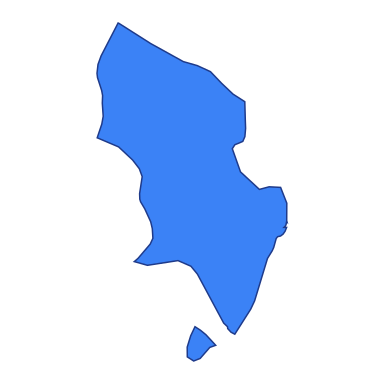 outline of Pedernales
{"feature_id": "DOM-1973", "entity_name": "Pedernales", "entity_type": "Province", "adm_level": 1, "iso_a3": "DOM", "parent_name": "Dominican Republic", "parent_adm1": "", "projection": "natural_earth1", "projection_center": [-71.507, 17.919], "detail": "fine", "context": "isolated", "style": "filled", "palette": "blue", "viewbox_px": 384, "rotation_deg": 0, "n_neighbors": 0, "source": "natural_earth", "source_scale": "10m", "svg_char_len": 1110}
<svg xmlns="http://www.w3.org/2000/svg" viewBox="0 0 384 384"><path d="M97.2,137.8L101.8,124.1L103.2,116.3L102.3,103.1L102.6,95.6L101.7,90.6L97.5,77.6L97.0,73.3L98.0,64.4L101.1,55.9L118.1,23.0L119.0,23.4L150.6,43.5L183.3,61.6L197.3,65.6L210.5,71.7L221.5,83.2L233.0,94.1L244.8,101.7L245.3,120.1L245.6,128.4L244.9,136.6L242.8,141.4L238.9,143.1L234.9,144.7L232.3,148.7L240.5,171.9L259.4,189.4L269.1,186.8L280.6,187.4L286.8,203.2L286.7,220.7L287.0,221.9L286.6,221.5L286.0,224.8L285.4,226.0L284.0,227.4L286.6,227.4L285.1,231.2L283.1,234.1L280.6,236.0L277.6,236.7L276.2,238.5L273.7,247.5L272.2,250.8L267.5,258.4L254.6,300.9L250.7,309.2L234.8,334.2L231.0,332.2L227.7,328.6L227.5,326.7L223.7,323.1L197.4,274.1L190.9,266.2L178.0,260.6L147.4,265.3L134.3,261.6L138.0,258.4L150.2,244.1L152.9,238.3L152.3,228.6L150.7,221.8L144.8,208.9L140.6,201.8L139.8,199.2L139.6,193.7L142.2,176.6L139.3,168.7L132.6,160.0L118.6,146.9L97.2,137.8ZM193.7,361.0L187.3,356.9L187.2,347.1L190.7,335.8L195.0,326.7L200.4,330.2L205.9,334.7L215.7,345.3L209.8,347.4L200.2,358.4L193.7,361.0Z" fill="#3b82f6" stroke="#1e3a8a" stroke-width="1.5"/></svg>